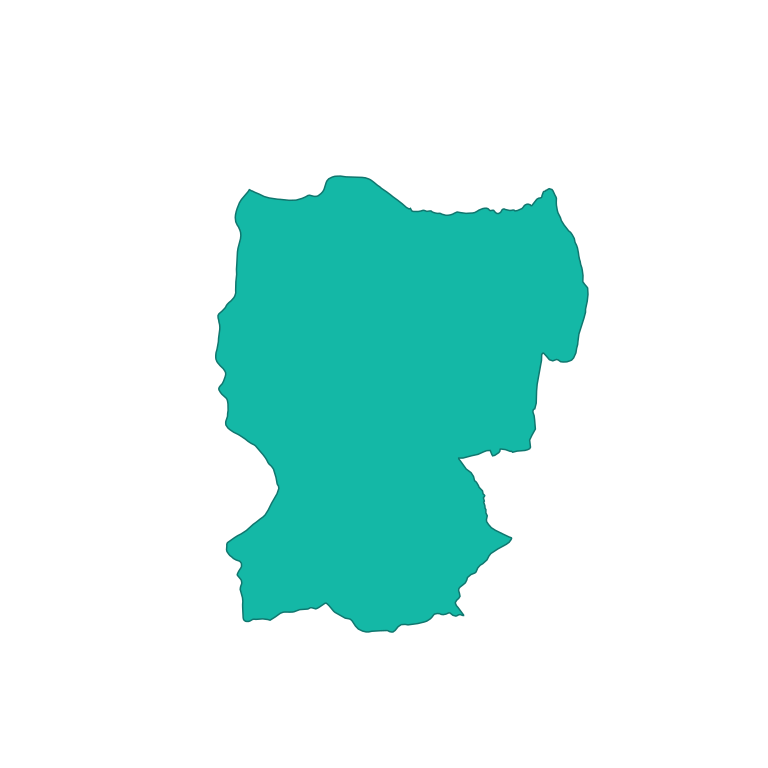 outline of Guapotá, Santander, Colombia, rotated 326°
{"feature_id": "7082276B45314174051982", "entity_name": "Guapotá", "entity_type": "district", "adm_level": 2, "iso_a3": "COL", "parent_name": "Colombia", "parent_adm1": "Santander", "projection": "orthographic", "projection_center": [-73.332, 6.32], "detail": "fine", "context": "isolated", "style": "filled", "palette": "teal", "viewbox_px": 768, "rotation_deg": 326, "n_neighbors": 0, "source": "geoboundaries", "source_scale": "gbopen_adm2", "svg_char_len": 6159}
<svg xmlns="http://www.w3.org/2000/svg" viewBox="0 0 768 768"><g transform="rotate(326 384 384)"><path d="M165.5,428.0L164.1,428.9L163.1,430.4L160.8,433.3L160.1,435.1L160.1,437.9L160.3,440.0L161.0,442.0L161.6,444.5L163.0,447.2L165.2,450.1L165.4,450.7L165.5,452.9L164.7,454.3L163.7,455.7L162.5,456.4L159.0,457.9L156.7,459.2L155.7,460.0L155.5,460.7L156.0,465.7L155.9,467.1L154.9,469.3L154.2,470.1L152.2,471.5L151.2,472.4L149.9,473.9L147.2,482.0L145.4,485.3L143.5,487.7L142.2,489.7L136.6,498.9L136.0,500.3L135.9,501.7L136.5,503.2L137.4,504.1L138.9,505.1L140.3,505.5L143.4,505.7L144.6,506.2L146.2,507.5L152.1,510.9L156.0,514.3L157.5,516.1L163.7,516.3L169.8,516.1L172.8,516.8L174.3,517.6L178.3,520.4L180.5,521.8L182.0,522.5L187.9,523.9L195.1,528.0L197.8,528.3L199.0,529.1L201.7,532.3L203.6,532.7L205.6,532.8L212.6,532.8L213.4,533.2L213.9,534.3L214.5,537.1L215.2,544.2L215.7,546.0L220.9,556.4L223.7,559.1L224.6,560.3L225.1,562.5L225.0,568.7L225.7,572.8L228.1,576.9L230.5,579.5L232.7,581.0L235.7,582.2L242.5,586.2L248.4,589.9L249.4,590.8L250.0,592.2L251.4,593.7L252.7,594.6L255.5,594.5L260.0,593.1L263.7,593.1L267.1,595.1L269.2,597.1L278.1,601.5L284.3,603.8L286.9,604.5L291.0,604.6L293.1,604.2L296.0,603.2L297.1,603.0L299.8,604.0L301.8,605.6L302.6,607.0L304.1,608.3L306.7,609.4L309.9,610.0L310.7,610.8L311.8,614.3L313.8,616.6L314.8,616.9L316.9,617.1L318.3,617.8L319.8,619.9L320.5,620.4L320.8,620.0L320.4,610.6L320.1,608.3L320.5,606.0L321.0,605.0L323.4,603.9L326.1,603.5L328.3,602.5L329.5,599.7L330.3,597.1L331.6,595.5L333.4,594.9L337.9,594.6L340.3,594.3L343.0,592.8L345.0,591.1L349.5,590.6L353.7,591.5L355.2,591.3L358.9,588.9L362.5,588.0L365.3,588.2L371.0,587.4L374.8,585.3L377.8,584.3L386.3,584.4L395.7,585.3L399.2,585.2L402.0,584.2L403.3,583.5L403.6,582.8L403.2,582.1L402.3,581.0L399.0,575.4L394.6,567.7L392.6,563.1L392.1,559.0L392.1,555.6L393.0,553.8L395.9,551.0L396.4,547.8L398.3,545.0L398.3,543.6L399.6,541.2L400.6,537.6L401.7,537.2L402.6,534.4L403.2,533.6L404.2,533.5L405.1,532.8L405.1,532.2L404.7,530.5L405.9,527.7L405.1,522.8L405.5,520.9L405.7,517.4L405.5,516.0L405.0,514.9L406.5,510.7L406.6,506.2L404.6,500.5L404.3,490.5L404.1,487.8L404.5,487.2L408.2,489.6L416.6,492.5L422.6,494.9L429.0,496.0L431.9,496.7L434.9,498.5L434.0,502.6L433.9,504.3L435.9,505.1L440.7,505.1L442.3,504.6L443.9,503.0L444.7,503.4L448.0,506.3L450.9,510.3L452.1,511.1L452.5,512.5L456.9,514.1L463.7,517.9L466.4,518.8L468.6,519.1L470.1,518.3L473.4,511.9L478.0,509.2L484.3,506.0L488.8,498.0L490.7,494.3L491.8,490.4L493.2,488.9L494.6,488.7L495.1,488.9L499.5,485.0L506.6,475.1L510.8,469.9L525.3,455.0L527.6,452.7L531.2,447.8L532.7,447.2L533.6,447.7L534.2,451.6L534.7,456.4L536.9,459.2L540.7,460.1L541.9,461.5L542.9,464.3L544.9,466.0L548.0,467.9L550.9,468.7L552.9,469.1L555.8,468.4L560.5,465.5L563.9,461.9L566.6,459.6L568.3,457.5L573.5,451.6L586.5,441.3L591.2,437.2L592.9,434.7L598.8,429.0L603.2,423.8L606.5,418.3L606.5,417.2L606.1,413.5L606.0,410.4L609.6,405.4L612.0,400.6L613.0,398.2L613.9,394.9L615.2,392.0L615.7,390.2L617.1,386.8L618.5,384.0L620.5,379.3L621.2,376.6L621.6,373.4L623.1,369.8L623.5,365.8L623.5,363.2L623.3,362.0L622.7,360.3L622.5,356.9L622.2,352.9L622.4,347.7L623.3,344.7L624.0,339.2L624.8,336.9L626.9,332.2L628.3,329.9L630.8,326.4L631.2,324.8L631.3,323.2L632.1,318.4L632.0,316.7L630.2,314.5L629.3,314.3L627.8,314.3L626.5,314.0L625.9,314.3L625.1,314.1L624.3,313.8L623.5,313.9L620.3,316.2L619.6,317.0L618.8,317.4L618.0,317.3L616.0,316.4L613.9,316.3L606.2,318.8L605.5,318.2L605.4,317.1L604.0,315.4L602.8,314.8L601.2,314.5L600.0,314.6L598.2,315.3L596.5,315.7L591.6,314.8L589.4,313.8L589.0,312.5L588.2,311.9L586.3,311.1L585.0,310.2L582.2,307.2L581.5,306.1L580.6,305.6L579.3,305.6L577.2,306.7L575.7,306.9L574.3,306.7L572.9,305.7L572.3,304.0L572.0,301.3L571.4,300.8L569.0,299.7L568.7,299.0L568.3,296.9L567.4,295.7L566.0,294.7L564.0,293.8L559.8,292.9L558.1,292.9L555.1,292.6L553.1,291.8L547.4,288.4L543.6,285.0L540.8,282.3L538.1,281.8L536.1,281.6L533.8,281.0L531.6,280.0L529.6,278.7L526.8,275.4L526.3,274.3L525.3,273.4L523.9,272.6L522.4,271.2L521.0,269.5L520.2,268.3L519.8,266.9L518.8,266.2L516.0,264.8L514.5,262.7L513.6,261.9L512.4,261.5L511.3,261.2L508.8,260.1L505.0,257.5L504.0,256.5L503.9,255.0L504.1,253.2L503.5,253.2L502.6,252.7L501.3,250.2L499.9,244.8L498.0,239.0L496.1,233.8L495.2,230.8L493.7,226.4L491.3,220.4L490.7,218.0L489.8,215.9L488.5,211.4L487.7,209.0L487.0,207.2L486.1,205.6L483.9,202.7L481.4,200.5L468.3,191.0L464.2,187.3L461.5,185.6L459.3,184.3L456.8,183.5L453.0,183.0L450.5,183.6L448.9,184.5L443.0,189.2L440.8,190.3L438.3,190.9L435.0,191.1L433.9,191.0L432.5,190.4L430.9,189.3L427.9,185.9L426.4,185.2L423.5,185.0L419.8,184.3L413.9,182.4L408.1,178.7L401.2,172.9L399.1,171.3L392.9,165.6L389.5,161.6L386.6,156.6L384.2,153.0L382.7,150.3L382.1,149.8L381.7,148.7L381.0,147.6L379.0,148.5L369.0,151.3L365.5,152.9L360.5,156.3L357.9,158.4L355.5,160.7L353.8,162.8L351.8,166.6L351.2,170.2L351.2,172.4L350.5,176.2L349.8,178.3L348.3,180.9L346.3,183.3L338.9,189.8L336.4,192.5L329.1,202.2L325.9,206.3L323.1,210.8L318.4,216.4L313.6,223.1L312.0,225.6L309.8,227.4L308.0,228.4L303.8,229.5L300.8,229.8L298.6,230.3L297.2,230.8L296.1,231.5L294.6,232.1L290.5,233.0L287.2,233.4L286.1,233.6L284.6,234.5L283.4,236.5L282.7,238.5L281.6,240.9L281.5,241.3L280.8,243.1L279.4,245.5L278.1,247.2L272.5,253.5L270.2,256.5L264.9,261.9L262.3,264.1L260.7,266.0L259.5,267.7L258.6,269.4L258.0,272.0L258.0,273.6L258.4,277.2L259.3,281.4L259.3,284.2L259.0,286.1L257.9,287.8L256.3,289.2L252.6,291.9L250.1,293.3L247.2,294.0L245.6,294.6L244.6,295.3L243.9,296.5L243.7,299.6L243.9,302.0L245.3,307.7L245.2,309.3L244.5,311.2L243.5,313.3L240.0,318.7L237.8,321.1L236.2,323.3L232.0,326.5L231.0,327.7L230.0,329.6L230.0,333.2L230.6,335.4L231.4,337.5L232.5,340.1L234.8,344.1L235.8,346.2L238.2,352.1L239.3,355.7L240.7,359.0L242.4,362.0L242.9,363.5L243.9,372.5L244.2,374.7L244.4,378.8L244.3,381.4L243.9,384.2L243.9,386.0L244.7,389.2L244.8,392.7L242.2,401.1L239.6,407.0L239.4,408.1L239.5,409.3L238.5,411.7L233.9,415.2L224.1,420.0L217.6,423.7L212.2,426.1L209.3,426.6L205.6,426.7L200.8,427.1L197.2,427.2L188.0,428.5L181.8,428.4L177.7,427.9L174.0,427.8L165.5,428.0Z" fill="#14b8a6" stroke="#0f766e" stroke-width="1.5"/></g></svg>